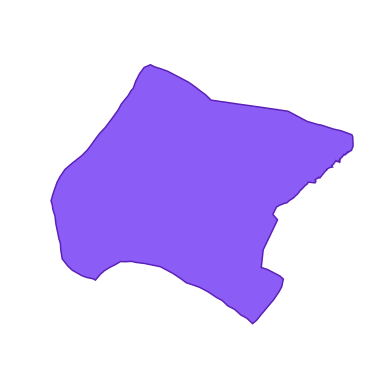 Ifedore, Ondo, Nigeria (orthographic projection), rotated 298°
{"feature_id": "59680162B99856631560735", "entity_name": "Ifedore", "entity_type": "district", "adm_level": 2, "iso_a3": "NGA", "parent_name": "Nigeria", "parent_adm1": "Ondo", "projection": "orthographic", "projection_center": [5.135, 7.355], "detail": "fine", "context": "isolated", "style": "filled", "palette": "violet", "viewbox_px": 384, "rotation_deg": 298, "n_neighbors": 0, "source": "geoboundaries", "source_scale": "gbopen_adm2", "svg_char_len": 2599}
<svg xmlns="http://www.w3.org/2000/svg" viewBox="0 0 384 384"><g transform="rotate(298 192 192)"><path d="M284.9,95.6L279.5,91.3L272.0,90.2L263.4,90.3L258.3,91.1L255.8,91.4L252.9,90.6L247.2,90.4L236.5,88.3L230.0,88.3L222.5,87.3L214.9,86.2L208.5,85.2L200.9,83.1L194.5,82.0L186.9,81.0L180.5,80.0L172.9,77.8L165.4,74.6L161.7,72.9L161.2,72.7L152.4,69.3L143.8,68.3L137.4,68.3L129.8,69.4L123.4,70.5L120.8,71.1L118.0,71.7L114.8,74.9L111.6,77.1L106.2,82.5L99.8,86.9L88.0,96.7L84.8,99.9L79.3,103.3L75.2,106.4L72.0,108.8L68.2,117.5L66.9,122.4L66.7,123.3L66.6,128.6L66.4,133.8L67.1,139.0L68.9,145.4L68.9,148.1L76.5,149.7L81.8,151.8L87.2,155.0L91.6,158.2L97.0,161.5L99.1,165.8L102.4,171.2L103.5,175.5L106.8,184.1L107.4,186.4L109.0,191.7L111.2,199.2L111.2,204.6L111.2,213.3L110.2,223.0L109.2,229.5L110.3,236.0L111.4,243.5L111.4,253.2L110.4,263.0L110.4,269.5L108.3,277.0L108.4,284.6L106.3,293.2L106.3,299.7L104.2,307.3L109.6,309.4L116.0,310.5L120.4,311.5L125.7,312.6L135.4,314.7L145.1,315.7L150.5,315.7L158.0,313.5L159.1,309.2L159.1,304.8L159.0,295.1L157.9,288.6L174.4,282.0L193.6,281.2L207.6,280.6L210.2,273.9L216.8,273.7L218.6,273.7L219.7,274.6L221.3,275.4L223.9,277.7L224.8,278.3L225.9,279.4L226.4,280.3L227.0,280.8L228.2,281.3L229.3,281.7L230.2,282.0L231.0,282.4L231.8,282.9L232.9,283.5L233.7,284.0L235.0,284.6L236.1,284.9L236.8,284.9L238.4,285.7L239.7,286.1L241.0,286.4L242.7,286.7L243.7,286.7L245.0,287.2L246.3,287.7L247.5,288.0L248.8,288.4L250.3,288.7L253.1,289.9L253.9,290.1L255.3,290.0L256.5,293.1L257.8,296.3L258.7,295.9L259.3,296.5L259.7,296.2L260.0,295.9L260.1,295.7L260.9,294.9L261.2,295.2L262.1,295.9L264.2,296.6L263.9,297.4L264.5,297.6L264.5,298.3L272.5,299.8L275.0,300.7L275.3,300.2L278.2,302.1L279.1,303.2L279.2,303.3L279.5,303.6L279.8,304.1L280.1,304.4L280.5,303.8L281.1,302.9L281.5,303.2L282.8,303.8L286.8,304.3L287.3,304.3L287.0,305.8L287.6,306.0L287.5,306.6L287.8,306.7L287.7,307.1L287.7,307.3L287.5,308.0L287.4,308.3L288.1,308.5L288.2,307.3L290.0,307.8L290.3,306.9L291.6,307.4L292.9,307.8L292.8,308.0L293.4,308.1L293.9,308.3L294.4,308.3L295.5,308.4L296.7,308.6L296.7,308.9L296.5,309.6L297.2,309.8L297.3,310.0L298.0,310.1L298.4,310.4L299.4,310.3L299.7,311.0L300.8,310.8L301.2,311.3L301.0,311.7L301.5,311.9L303.6,313.2L307.8,312.8L310.3,311.5L311.8,310.6L316.2,308.0L317.6,306.3L316.7,299.3L316.0,294.7L314.0,287.4L311.7,274.4L310.6,271.2L308.4,260.4L308.4,238.8L294.3,199.6L291.5,192.0L282.1,165.8L284.2,158.3L285.6,149.2L286.3,145.3L287.3,137.7L287.3,134.5L287.3,130.1L287.2,120.4L287.2,113.9L286.1,106.4L284.9,99.9L284.9,95.6Z" fill="#8b5cf6" stroke="#5b21b6" stroke-width="1.5"/></g></svg>